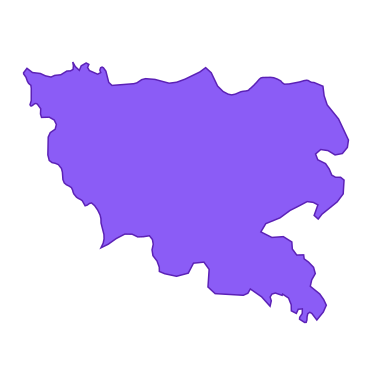 map outline of Bács-Kiskun (Natural Earth projection), rotated 86°
{"feature_id": "HUN-3161", "entity_name": "Bács-Kiskun", "entity_type": "County", "adm_level": 1, "iso_a3": "HUN", "parent_name": "Hungary", "parent_adm1": "", "projection": "natural_earth1", "projection_center": [19.36, 46.529], "detail": "fine", "context": "isolated", "style": "filled", "palette": "violet", "viewbox_px": 384, "rotation_deg": 86, "n_neighbors": 0, "source": "natural_earth", "source_scale": "10m", "svg_char_len": 2737}
<svg xmlns="http://www.w3.org/2000/svg" viewBox="0 0 384 384"><g transform="rotate(86 192 192)"><path d="M241.3,286.7L236.9,284.2L232.7,283.0L228.3,282.8L216.6,284.9L212.3,284.7L208.5,285.3L203.5,287.3L198.8,290.1L195.9,293.0L196.3,295.1L197.8,297.5L198.3,299.6L193.0,302.1L191.6,303.9L190.5,305.8L189.1,307.6L185.7,310.0L183.9,310.6L181.7,311.0L179.2,312.0L177.5,314.2L176.0,316.8L174.0,318.8L170.6,319.9L163.1,319.9L159.4,320.6L157.7,321.8L155.4,323.3L153.8,326.5L152.9,329.6L150.6,332.2L145.0,333.2L127.2,331.6L122.8,329.2L119.8,324.1L115.2,322.6L110.6,324.4L107.4,329.2L107.1,336.9L103.6,337.7L98.4,337.1L93.6,340.1L93.0,341.0L92.8,342.0L93.0,342.9L94.5,345.1L95.0,346.2L94.8,347.0L93.6,347.5L89.7,346.0L77.3,345.1L74.3,345.3L72.3,347.4L70.0,348.5L66.0,349.6L62.5,351.7L61.3,351.7L57.1,348.0L61.7,342.8L63.2,335.0L65.9,330.1L67.5,324.6L66.1,320.8L65.9,314.7L62.6,308.4L62.7,304.8L61.4,302.1L57.8,301.5L54.0,301.9L58.7,299.7L62.8,295.9L58.4,293.7L55.9,288.6L57.5,286.0L60.5,287.5L63.7,285.9L67.9,277.9L66.5,274.7L64.0,275.4L61.7,274.5L61.1,273.0L61.9,271.7L65.4,269.5L76.9,267.4L80.1,264.4L79.9,242.6L79.3,239.4L76.4,234.3L75.7,230.4L77.1,221.1L81.9,207.2L81.4,199.5L78.9,191.0L72.8,175.8L68.9,169.7L74.4,164.5L88.1,159.1L93.9,154.0L96.9,149.2L97.9,145.7L97.4,142.0L95.4,136.3L95.1,134.1L95.0,131.1L94.5,128.5L93.3,127.4L92.7,126.4L89.2,122.1L88.4,121.4L87.7,120.5L84.2,117.0L83.0,115.3L82.7,113.3L82.9,109.9L83.1,105.6L83.7,102.5L85.4,98.8L87.4,95.7L89.2,94.4L90.9,92.3L91.0,87.5L89.7,76.8L88.7,72.4L88.5,69.7L89.0,68.1L90.1,66.7L91.0,65.0L91.3,62.6L95.6,54.0L105.1,53.5L114.5,51.1L129.4,40.7L151.1,32.3L158.4,33.9L164.1,39.3L165.0,46.7L160.2,53.4L158.6,60.6L162.7,66.1L168.6,64.3L173.0,56.8L178.7,53.5L184.9,51.4L187.3,47.8L187.7,42.7L190.7,39.5L204.4,41.3L212.0,47.9L223.2,63.9L227.8,68.0L223.9,71.8L213.6,67.3L210.8,71.8L209.6,77.8L213.2,85.9L217.2,95.4L223.9,106.0L228.7,120.6L236.6,126.1L242.9,115.5L242.9,104.0L248.8,95.9L255.9,95.9L262.2,91.9L262.5,85.0L266.5,84.8L270.0,80.7L275.6,76.0L282.0,74.7L288.0,78.7L294.3,80.6L302.6,71.7L308.4,68.2L314.3,65.9L320.9,69.4L328.4,76.4L321.5,80.9L320.2,82.9L321.5,85.0L324.4,85.9L327.7,86.3L330.0,87.2L330.0,88.8L326.4,93.6L324.5,93.3L320.9,90.5L316.3,90.1L316.4,94.2L320.4,96.4L317.5,101.2L311.4,100.9L304.5,103.1L300.2,108.7L301.4,109.3L298.6,115.9L299.4,119.4L302.2,121.4L306.1,120.5L311.4,122.1L301.4,129.9L292.8,140.6L296.9,143.3L298.6,148.0L295.0,176.0L287.9,182.7L270.4,180.3L262.8,185.0L263.1,195.5L272.7,201.4L275.0,213.3L271.6,225.0L269.0,230.1L264.7,229.9L258.4,231.7L252.8,235.4L246.9,235.9L241.4,234.3L236.7,234.8L232.7,237.5L233.2,243.5L233.0,249.3L229.9,254.7L229.3,262.0L233.2,270.9L238.2,279.1L241.3,286.7Z" fill="#8b5cf6" stroke="#5b21b6" stroke-width="1.5"/></g></svg>